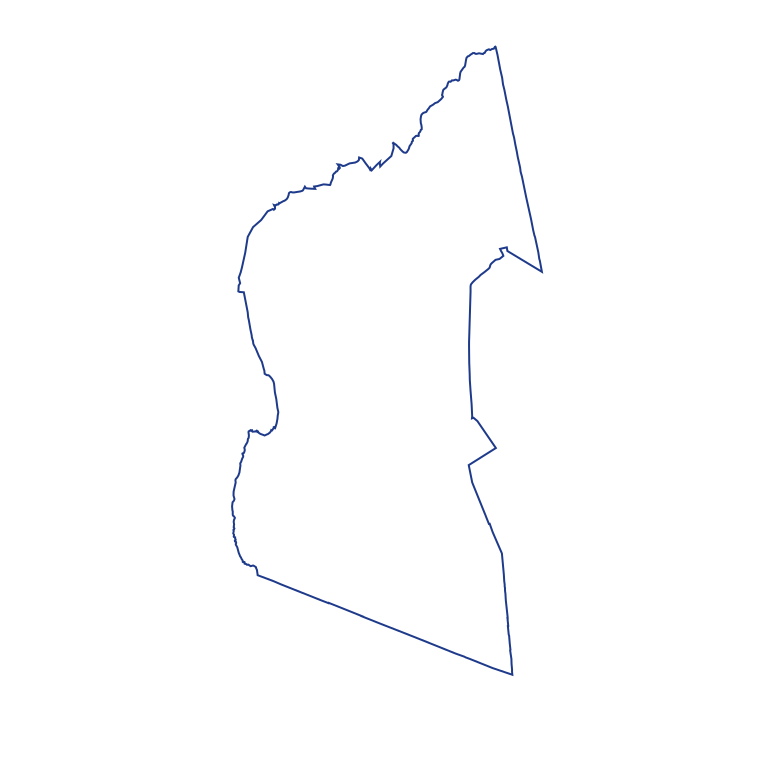 Ngorongoro, Arusha, United Republic of Tanzania (Robinson projection), rotated 169°
{"feature_id": "72390352B42279830137418", "entity_name": "Ngorongoro", "entity_type": "district", "adm_level": 2, "iso_a3": "TZA", "parent_name": "United Republic of Tanzania", "parent_adm1": "Arusha", "projection": "robinson", "projection_center": [35.632, -2.654], "detail": "fine", "context": "isolated", "style": "outline", "palette": "blue", "viewbox_px": 768, "rotation_deg": 169, "n_neighbors": 0, "source": "geoboundaries", "source_scale": "gbopen_adm2", "svg_char_len": 6109}
<svg xmlns="http://www.w3.org/2000/svg" viewBox="0 0 768 768"><g transform="rotate(169 384 384)"><path d="M507.8,508.5L509.3,502.7L508.2,501.9L504.1,500.8L504.1,480.4L504.6,475.5L504.5,472.2L504.7,462.8L504.6,457.1L504.8,455.2L504.5,451.4L504.4,451.4L504.6,448.6L504.4,447.4L503.2,443.7L501.5,435.4L499.6,428.9L499.1,421.4L498.9,420.0L499.2,416.8L497.4,415.1L495.6,414.6L494.4,413.0L493.0,410.4L492.0,407.4L491.9,404.9L492.7,396.6L492.6,389.9L493.2,380.9L493.1,376.9L493.3,375.9L494.3,373.4L495.3,370.0L497.0,365.7L499.4,361.3L499.8,361.5L500.2,363.2L500.3,363.5L500.5,362.2L501.0,361.6L502.8,359.7L503.0,359.7L503.5,360.2L504.0,359.3L505.3,358.1L507.5,357.0L508.9,356.8L510.2,356.4L511.2,356.3L511.8,356.8L514.7,358.5L515.7,359.4L516.4,360.2L516.7,361.2L517.2,361.0L517.5,361.0L517.6,361.4L517.4,362.0L517.8,362.5L519.3,361.9L521.9,362.3L522.5,362.8L522.4,363.7L522.6,363.7L522.8,363.2L523.0,363.5L523.5,363.5L523.6,363.8L523.4,364.1L523.5,364.2L525.9,363.3L526.2,362.6L526.4,359.4L527.1,357.0L528.0,356.1L528.5,354.8L528.5,354.4L529.1,353.2L530.4,351.5L530.7,351.4L533.3,348.1L533.2,346.1L533.6,344.9L534.2,343.8L534.7,343.1L535.2,342.8L536.1,342.9L536.3,342.7L536.3,342.3L535.9,340.3L536.2,339.3L537.3,338.0L538.6,335.8L538.9,335.1L540.2,333.6L540.4,332.7L540.4,331.7L542.8,324.7L544.4,322.0L545.7,320.5L547.7,318.9L548.2,318.0L548.4,315.6L552.1,307.2L552.6,305.1L553.0,303.1L552.7,299.9L552.9,299.2L553.6,298.1L555.2,296.8L556.5,292.8L556.9,288.9L556.8,287.6L557.4,284.7L557.4,283.9L557.2,283.4L556.5,282.7L555.9,281.0L556.2,280.5L557.1,279.4L557.7,277.9L557.9,276.9L557.9,274.8L558.4,273.7L558.4,273.1L558.9,272.2L558.4,270.8L558.9,270.0L559.4,269.9L559.7,269.4L559.5,268.5L560.5,266.1L560.0,264.8L560.1,264.1L560.6,263.1L560.6,262.8L560.4,262.4L559.4,261.9L559.6,261.0L559.3,259.6L559.4,259.2L559.9,258.7L560.1,259.0L560.3,258.8L560.3,257.9L559.8,257.8L559.6,257.5L559.4,257.1L559.4,256.4L559.7,255.6L560.1,255.2L560.1,254.5L559.2,251.8L558.8,245.9L558.3,243.6L558.2,242.6L557.5,241.0L557.2,239.5L556.4,237.7L556.6,236.3L556.3,236.0L555.2,236.0L554.9,235.8L554.8,235.4L555.1,234.8L555.1,234.2L553.4,233.4L553.0,232.7L551.5,232.5L550.2,231.1L549.6,230.6L547.5,230.8L546.9,230.7L545.7,229.7L544.6,228.5L544.7,227.8L544.2,225.6L544.5,220.4L530.0,211.5L523.4,207.0L486.6,183.4L480.2,179.4L480.0,179.7L449.6,160.1L449.8,160.0L433.6,149.6L401.3,129.1L365.1,105.7L357.0,100.9L356.1,100.1L352.3,97.8L331.7,84.5L313.5,74.1L313.2,77.3L312.8,79.1L312.2,84.9L311.4,89.8L311.0,98.6L310.6,98.9L310.1,105.0L309.2,113.2L309.4,114.1L308.6,122.8L308.2,122.8L307.5,130.5L307.3,130.4L307.1,131.8L305.7,148.4L304.8,155.1L304.7,157.4L304.3,160.0L304.1,160.7L304.2,161.9L303.8,164.2L303.6,167.5L302.7,174.3L300.6,195.1L300.7,195.7L305.6,217.9L306.9,226.6L307.7,226.6L309.4,235.5L309.7,235.5L309.4,235.6L316.2,270.5L316.3,288.2L286.4,299.8L299.4,329.8L302.6,333.8L304.2,333.5L303.6,335.5L301.9,347.1L300.3,361.2L299.0,371.6L298.0,377.4L296.3,388.5L293.3,404.9L292.4,409.4L292.1,409.4L292.4,409.4L281.4,458.2L280.5,462.9L280.0,464.5L279.5,465.3L277.5,467.0L274.6,468.9L270.5,471.1L268.4,472.6L264.0,474.7L259.3,477.2L258.1,478.1L256.9,480.5L256.2,481.3L255.1,482.1L250.8,484.6L246.8,484.7L242.4,487.0L242.9,489.9L243.7,492.1L244.3,494.5L237.4,494.7L237.5,491.0L207.6,464.0L207.5,475.3L207.7,477.2L207.4,483.9L207.7,499.4L208.0,501.1L208.2,506.5L208.2,517.9L208.8,540.4L209.0,561.1L209.4,566.3L209.1,570.4L209.4,581.7L209.3,586.6L209.4,594.1L209.3,601.0L209.6,605.5L209.5,632.7L209.7,639.6L209.7,649.7L210.0,655.4L209.6,662.0L209.9,670.4L209.8,685.5L210.1,693.5L210.3,693.9L210.8,693.8L212.2,692.2L214.2,692.2L215.8,691.6L216.1,691.6L217.1,692.5L217.5,692.5L219.7,692.0L220.9,691.2L221.7,690.0L222.5,689.7L223.1,689.7L223.9,689.0L227.6,690.5L230.0,690.4L231.0,690.6L231.5,690.9L232.0,691.6L233.6,691.9L235.0,691.2L236.3,690.8L236.8,690.4L238.2,689.7L239.3,689.6L240.3,688.8L240.8,688.4L241.7,686.3L243.6,681.2L244.1,680.4L244.5,679.9L245.4,679.5L249.2,675.9L250.0,674.3L251.8,668.8L252.4,667.9L253.3,667.6L253.8,667.7L254.7,668.7L255.8,669.1L257.7,668.8L258.5,668.8L259.3,669.1L260.9,668.0L261.5,668.3L262.6,668.4L263.2,667.9L264.2,666.5L264.7,665.3L265.9,663.6L266.3,663.2L269.3,661.7L269.8,661.2L270.9,658.9L271.3,657.6L271.8,656.9L271.9,656.1L271.3,655.0L271.4,654.6L272.2,653.9L273.5,652.8L277.5,650.4L280.3,650.0L282.6,648.8L285.8,647.7L287.7,645.8L288.7,645.1L290.5,643.1L291.1,642.9L292.7,642.8L294.3,642.3L295.8,641.2L296.6,639.7L297.6,636.9L298.1,632.8L297.9,631.5L298.0,628.8L298.4,626.8L299.4,626.4L300.3,624.8L301.9,623.6L302.2,623.0L302.5,621.1L302.6,620.9L303.1,620.9L304.3,621.4L305.3,621.4L308.9,619.2L309.1,618.7L309.1,617.7L309.2,617.2L310.3,616.6L310.5,616.3L310.9,615.1L313.6,612.5L314.3,611.0L315.1,609.7L317.3,607.3L318.4,606.8L320.2,607.4L321.2,608.4L323.1,611.2L324.0,613.1L325.4,614.8L326.3,616.3L328.9,619.0L329.3,618.7L328.9,617.7L329.6,613.6L333.3,606.4L342.9,600.6L346.2,598.2L345.9,602.1L345.6,602.8L349.6,600.3L355.3,596.1L355.9,597.8L356.3,596.6L356.3,595.6L357.3,598.8L359.9,604.1L362.3,609.4L365.2,611.1L365.9,608.7L367.4,607.6L369.9,606.9L375.8,607.1L380.6,605.8L382.8,605.8L384.8,607.5L387.5,608.4L386.2,605.6L386.1,604.5L386.6,604.1L387.0,605.0L387.3,605.2L387.5,605.0L387.9,604.5L387.7,603.6L388.4,603.0L388.8,602.4L389.7,601.7L390.7,601.6L391.4,600.9L392.2,600.4L393.0,600.1L393.4,599.7L394.4,598.5L394.4,597.5L395.2,595.4L397.8,591.7L398.5,590.1L399.0,589.6L403.4,591.0L405.4,591.5L411.9,591.0L414.9,591.2L414.7,590.0L414.3,588.7L418.6,589.7L423.2,591.0L424.0,592.8L426.4,589.8L427.1,589.3L427.8,589.2L429.3,589.0L435.8,589.2L437.5,589.6L438.6,590.2L439.5,590.2L440.5,589.8L440.9,589.4L441.3,588.5L441.5,587.8L443.0,585.3L444.3,584.0L446.6,582.9L447.9,582.7L452.2,581.3L452.4,581.5L452.5,581.2L452.9,581.2L453.2,580.9L453.3,580.6L454.0,580.3L454.6,580.7L455.0,580.7L456.2,580.0L456.6,579.9L456.9,580.3L457.2,580.2L457.8,580.6L457.6,579.6L457.2,578.9L457.5,577.0L457.6,576.8L458.1,576.7L458.9,576.1L459.7,577.0L465.3,575.7L473.3,568.4L482.6,563.0L489.7,554.4L495.2,539.3L501.2,525.5L503.4,520.9L506.3,516.0L506.0,510.4L507.8,508.5Z" fill="none" stroke="#1e3a8a" stroke-width="2"/></g></svg>